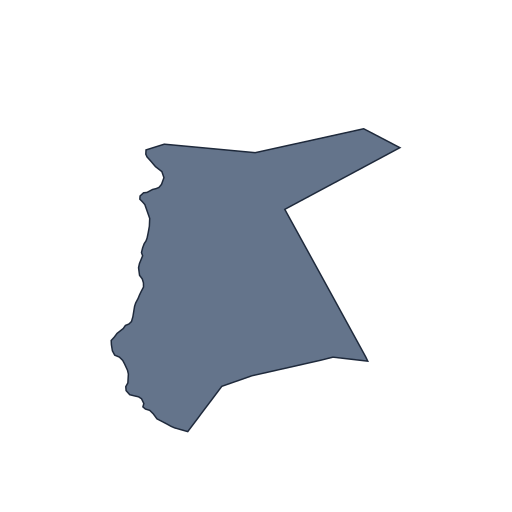 Carnaubais, Rio Grande do Norte, Brazil (Mercator projection), rotated 152°
{"feature_id": "56859067B9950716066401", "entity_name": "Carnaubais", "entity_type": "district", "adm_level": 2, "iso_a3": "BRA", "parent_name": "Brazil", "parent_adm1": "Rio Grande do Norte", "projection": "mercator", "projection_center": [-36.795, -5.268], "detail": "fine", "context": "isolated", "style": "filled", "palette": "slate", "viewbox_px": 512, "rotation_deg": 152, "n_neighbors": 0, "source": "geoboundaries", "source_scale": "gbopen_adm2", "svg_char_len": 1250}
<svg xmlns="http://www.w3.org/2000/svg" viewBox="0 0 512 512"><g transform="rotate(152 256 256)"><path d="M303.3,401.3L305.5,397.6L305.7,394.6L304.4,389.4L302.8,382.1L299.5,374.7L300.5,368.4L305.8,363.6L309.5,362.1L312.6,362.4L316.1,363.3L322.4,363.3L325.6,364.6L330.2,363.4L331.9,360.7L330.8,357.1L330.0,353.6L332.2,339.1L336.2,332.3L340.3,327.1L343.8,322.9L346.1,320.9L348.9,319.4L352.2,316.5L355.5,312.8L356.0,309.4L362.4,304.1L365.2,300.8L367.9,293.6L367.2,289.2L368.0,285.1L369.9,281.4L374.0,278.6L377.0,276.4L380.0,273.9L384.3,271.0L386.8,268.6L393.2,260.2L396.7,256.6L400.2,255.6L403.9,256.0L407.2,254.3L415.0,252.9L419.2,250.9L423.5,249.4L425.3,245.6L427.3,239.7L427.3,234.8L424.1,230.9L422.7,226.4L422.7,222.4L423.1,215.4L424.1,211.7L428.7,204.1L432.3,201.8L433.9,198.1L432.6,192.8L428.7,189.3L425.8,186.8L424.1,183.7L424.3,178.4L426.7,175.9L425.5,172.8L422.3,169.6L420.8,164.9L419.9,158.7L413.5,149.4L410.9,145.4L408.5,142.4L398.7,133.0L383.0,140.3L379.1,142.2L360.8,150.7L347.4,157.0L315.9,152.2L248.2,133.7L235.6,130.6L206.7,110.7L206.5,115.3L207.4,188.1L207.9,226.1L208.7,283.7L78.1,284.1L101.2,317.8L208.2,347.6L212.9,350.7L265.8,385.5L269.3,387.8L284.5,397.8L303.3,401.3Z" fill="#64748b" stroke="#1e293b" stroke-width="1.5"/></g></svg>